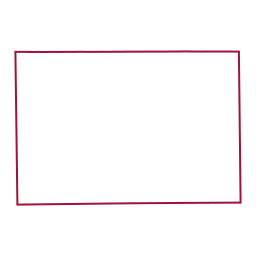 LaGrange, Indiana, United States of America (Albers equal-area conic projection)
{"feature_id": "52423323B51679482550394", "entity_name": "LaGrange", "entity_type": "district", "adm_level": 2, "iso_a3": "USA", "parent_name": "United States of America", "parent_adm1": "Indiana", "projection": "albers", "projection_center": [-85.418, 41.642], "detail": "fine", "context": "isolated", "style": "outline", "palette": "rose", "viewbox_px": 256, "rotation_deg": 0, "n_neighbors": 0, "source": "geoboundaries", "source_scale": "gbopen_adm2", "svg_char_len": 440}
<svg xmlns="http://www.w3.org/2000/svg" viewBox="0 0 256 256"><path d="M240.6,202.6L238.9,51.6L221.5,51.5L202.5,51.5L202.2,51.5L201.8,51.6L192.9,51.5L189.9,51.5L185.2,51.4L180.3,51.5L174.3,51.5L164.9,51.6L150.9,51.6L127.5,51.7L125.1,51.7L84.8,51.9L83.7,51.8L40.6,52.0L40.2,51.9L33.3,52.0L32.1,52.0L28.4,51.9L21.2,51.9L19.7,51.9L15.4,51.9L17.4,204.6L129.4,203.3L185.2,202.9L240.6,202.6Z" fill="none" stroke="#9f1239" stroke-width="2"/></svg>